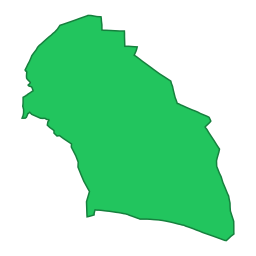 the district of Afaq, Al-Qādisiyyah, Iraq
{"feature_id": "34846034B39567841057501", "entity_name": "Afaq", "entity_type": "district", "adm_level": 2, "iso_a3": "IRQ", "parent_name": "Iraq", "parent_adm1": "Al-Qādisiyyah", "projection": "mercator", "projection_center": [45.306, 32.022], "detail": "fine", "context": "isolated", "style": "filled", "palette": "green", "viewbox_px": 256, "rotation_deg": 0, "n_neighbors": 0, "source": "geoboundaries", "source_scale": "gbopen_adm2", "svg_char_len": 3023}
<svg xmlns="http://www.w3.org/2000/svg" viewBox="0 0 256 256"><path d="M189.4,108.7L186.6,107.5L182.5,105.6L180.7,104.9L178.5,103.7L177.3,103.5L176.0,99.7L175.2,97.8L173.3,90.2L172.5,86.3L171.3,83.2L170.8,81.1L164.7,77.1L159.5,73.8L153.6,69.5L152.3,68.5L148.9,66.0L144.8,63.0L142.7,61.5L140.0,59.4L136.6,56.8L134.2,55.2L136.1,50.9L136.7,49.0L137.2,46.9L133.9,46.7L128.8,46.3L126.0,46.3L124.8,46.3L124.5,36.6L124.5,33.3L124.4,31.0L119.4,31.0L110.5,30.5L106.3,30.3L103.8,30.3L101.9,30.0L101.9,24.9L101.4,20.9L101.3,18.7L101.0,16.8L97.0,16.6L91.0,15.5L88.0,15.4L86.9,15.9L85.2,16.5L80.3,18.2L79.2,18.6L76.3,19.7L71.2,21.5L62.8,24.4L60.0,25.3L58.8,27.1L57.4,29.2L55.6,31.1L54.7,32.1L52.9,33.5L51.2,35.2L49.1,36.8L46.7,38.9L43.8,41.5L41.3,43.8L39.3,45.4L37.6,47.3L36.3,49.7L33.6,53.2L31.8,55.7L31.0,57.8L29.5,61.3L28.5,63.2L27.8,64.4L26.9,66.4L25.7,68.8L25.2,69.7L25.1,70.0L25.6,71.0L26.4,71.1L26.8,72.2L26.7,72.7L26.5,75.5L26.5,76.7L26.6,78.1L27.4,79.4L29.8,81.8L30.3,82.6L29.7,83.7L28.2,84.9L28.2,85.4L29.1,86.1L30.5,86.5L31.5,86.8L32.1,87.8L32.5,89.0L33.0,90.2L33.0,90.9L32.2,91.3L31.5,91.8L29.5,93.2L28.1,94.0L27.0,95.0L26.1,95.4L25.8,95.9L24.7,96.4L23.9,96.9L23.1,97.3L23.1,102.5L23.0,104.2L22.8,105.8L22.8,106.6L23.1,107.4L23.2,108.1L23.5,108.9L23.6,110.0L23.6,111.4L23.6,112.5L23.4,114.1L23.0,115.9L22.4,117.2L22.1,118.2L23.4,118.2L25.3,118.1L26.4,117.2L26.9,116.0L27.5,114.6L27.8,113.6L28.5,113.4L29.7,112.2L31.7,114.3L37.3,116.8L40.4,118.2L42.5,118.4L44.5,118.3L45.6,118.5L46.1,119.2L47.1,119.5L48.1,119.6L48.7,119.6L48.9,120.5L47.9,121.8L47.3,125.1L49.7,127.4L53.3,130.0L54.0,130.6L54.0,133.1L57.0,136.0L59.5,135.6L63.4,138.5L70.6,143.3L71.5,143.9L71.3,147.0L75.8,155.8L78.2,162.1L78.0,167.1L79.9,171.8L81.0,174.6L83.8,181.2L87.9,188.7L89.5,191.5L86.5,201.7L86.7,207.4L87.0,215.8L87.1,216.7L87.1,216.8L88.7,216.5L91.9,215.6L94.1,214.9L94.1,213.5L94.6,211.4L95.1,209.8L96.7,210.1L98.7,210.1L101.8,210.4L106.6,211.0L108.9,211.2L112.3,211.7L116.8,212.4L118.0,212.5L121.0,213.0L124.1,213.7L125.1,213.7L125.9,214.0L127.8,214.5L129.2,215.2L131.6,216.0L134.9,217.2L137.6,218.2L138.9,218.6L139.9,219.1L140.7,219.1L142.5,219.1L146.9,219.1L150.6,219.3L153.7,219.6L158.5,219.9L162.7,220.5L164.9,220.9L170.8,222.1L173.7,222.8L178.2,224.0L180.2,224.4L182.2,225.0L183.8,225.2L185.9,226.2L187.9,226.8L190.2,227.6L193.2,228.7L196.6,230.1L199.5,231.1L202.7,232.5L207.6,234.2L213.9,236.4L220.5,238.8L224.8,240.4L226.3,240.6L228.4,238.7L230.9,236.3L233.9,234.0L233.8,232.1L233.8,226.2L233.7,221.3L230.4,211.1L230.1,207.3L230.0,203.1L229.6,201.2L229.1,198.8L228.6,195.9L227.5,193.7L225.2,188.0L222.9,182.6L221.1,176.7L219.3,173.0L217.7,168.9L216.7,166.4L216.5,160.8L217.2,157.8L218.8,152.3L219.5,149.1L216.9,145.2L214.1,140.7L210.4,135.1L208.5,132.2L207.0,129.6L205.4,127.6L205.2,126.8L205.7,126.3L207.2,124.9L209.2,123.0L210.4,121.7L210.7,121.4L210.7,120.7L210.0,119.3L209.4,117.9L208.9,117.2L206.9,116.2L200.1,113.4L198.0,112.2L194.7,110.8L192.7,110.1L191.0,109.4L189.4,108.7Z" fill="#22c55e" stroke="#15803d" stroke-width="1.5"/></svg>